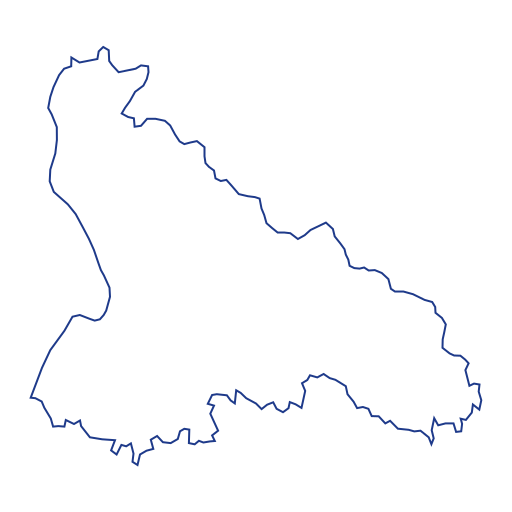 the district of Itaipulândia, Paraná, Brazil
{"feature_id": "56859067B44371373624465", "entity_name": "Itaipulândia", "entity_type": "district", "adm_level": 2, "iso_a3": "BRA", "parent_name": "Brazil", "parent_adm1": "Paraná", "projection": "robinson", "projection_center": [-54.345, -25.136], "detail": "fine", "context": "isolated", "style": "outline", "palette": "blue", "viewbox_px": 512, "rotation_deg": 0, "n_neighbors": 0, "source": "geoboundaries", "source_scale": "gbopen_adm2", "svg_char_len": 2810}
<svg xmlns="http://www.w3.org/2000/svg" viewBox="0 0 512 512"><path d="M162.9,442.2L170.7,443.1L177.8,439.0L180.0,431.3L184.3,428.8L189.3,429.6L188.9,443.1L194.7,444.3L198.9,440.8L203.4,442.5L210.0,441.4L214.8,441.0L212.1,435.4L218.1,430.7L210.3,413.7L214.0,405.6L207.8,403.8L212.1,395.0L216.8,394.2L226.9,395.3L230.6,400.4L234.8,403.4L236.2,390.3L240.7,392.9L246.2,398.2L256.0,403.5L261.6,409.1L267.1,404.7L273.2,402.3L276.6,408.8L283.0,412.2L288.5,408.2L289.8,402.1L295.6,404.3L301.5,407.9L305.2,390.9L302.0,383.2L307.3,380.0L310.0,375.3L317.3,377.4L323.6,374.0L329.7,378.1L335.4,379.8L345.8,386.2L347.5,394.2L353.6,401.7L357.1,408.1L362.9,407.0L368.4,408.8L371.7,416.1L378.7,416.3L385.3,423.4L390.1,420.8L397.9,428.7L408.7,429.8L414.3,431.4L420.5,430.7L428.7,437.3L431.4,444.2L433.7,438.4L431.7,430.2L434.2,418.2L438.2,425.3L445.5,423.4L453.5,423.4L456.1,431.9L461.2,431.3L462.1,423.8L460.7,418.7L465.9,419.9L471.8,412.6L472.9,404.5L479.3,409.6L481.3,400.2L478.7,391.6L479.5,384.5L474.0,383.6L469.4,385.8L465.4,370.1L468.6,363.3L465.2,359.6L460.4,355.7L454.1,355.5L449.6,353.4L442.5,347.8L442.7,339.3L444.2,332.5L445.8,324.4L441.9,317.9L435.5,312.8L435.2,307.0L432.2,302.0L424.6,299.9L413.0,294.2L403.3,291.5L394.9,291.5L390.9,288.8L388.4,279.1L381.8,273.0L374.8,270.1L368.7,270.5L364.1,267.5L359.6,268.6L354.3,268.1L349.6,265.8L348.3,259.6L345.8,254.6L344.5,249.2L340.3,243.4L334.7,236.4L332.9,229.0L325.9,222.6L310.5,230.0L304.7,235.2L297.9,239.0L290.3,233.2L284.0,232.5L277.6,232.5L271.8,227.8L266.5,223.2L264.2,215.0L261.5,208.5L259.6,198.6L254.9,197.1L247.8,196.2L238.8,194.1L231.6,185.7L226.4,179.9L220.8,181.0L215.5,178.4L214.0,170.5L209.0,166.9L205.5,163.1L204.5,156.3L204.5,147.2L196.9,141.1L190.4,142.5L184.3,144.1L179.6,141.4L175.0,134.4L170.2,125.5L164.9,120.8L155.5,118.8L147.1,118.8L141.0,125.8L134.6,126.7L133.9,118.3L128.1,117.0L121.7,113.5L125.1,107.7L129.9,101.1L135.1,91.8L143.4,85.6L146.8,79.0L148.5,72.2L148.1,66.3L141.0,65.4L135.7,68.7L118.6,72.2L112.2,65.2L109.2,61.0L108.7,50.2L103.2,47.0L98.7,51.4L97.4,59.0L79.5,62.5L71.4,57.5L71.2,66.3L64.1,68.7L59.1,75.1L53.5,87.1L50.3,96.8L48.2,108.0L51.7,114.4L56.8,127.1L56.9,140.0L55.3,153.5L50.3,169.6L49.7,181.3L53.8,191.9L67.9,204.4L75.7,214.1L83.1,227.8L88.9,238.8L93.9,249.9L98.4,263.1L100.9,270.1L103.9,275.4L109.5,287.7L110.0,296.8L106.2,310.6L103.7,315.0L99.9,319.3L94.7,320.6L89.6,318.8L79.8,315.0L72.5,316.7L64.4,330.8L50.3,350.1L42.0,367.8L30.7,397.7L35.4,398.2L41.7,401.5L44.3,407.7L50.8,418.5L53.1,426.6L58.4,426.1L64.4,426.6L65.8,420.0L74.0,424.0L80.0,420.5L81.1,426.1L89.9,437.3L102.2,439.3L115.0,440.2L111.1,450.4L116.6,454.5L121.4,444.9L126.2,446.3L130.9,443.4L133.5,453.6L132.5,461.8L137.5,465.0L140.0,454.5L146.5,450.7L153.3,448.9L150.8,439.7L157.1,436.0L162.9,442.2Z" fill="none" stroke="#1e3a8a" stroke-width="2"/></svg>